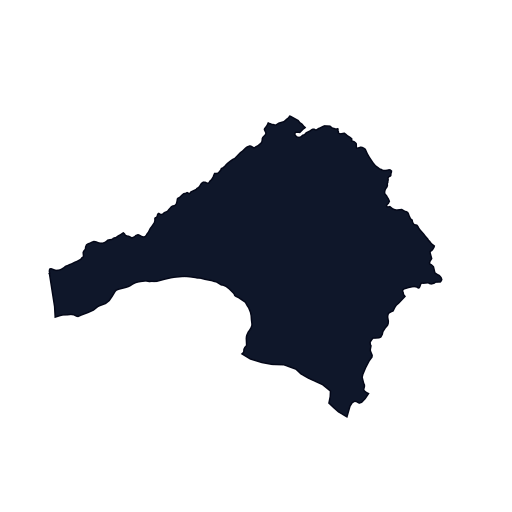 outline of Vardenis, Gegharkunik, Armenia, rotated 299°
{"feature_id": "60910142B17945932108202", "entity_name": "Vardenis", "entity_type": "district", "adm_level": 2, "iso_a3": "ARM", "parent_name": "Armenia", "parent_adm1": "Gegharkunik", "projection": "mercator", "projection_center": [45.706, 40.224], "detail": "fine", "context": "isolated", "style": "filled", "palette": "ink", "viewbox_px": 512, "rotation_deg": 299, "n_neighbors": 0, "source": "geoboundaries", "source_scale": "gbopen_adm2", "svg_char_len": 6153}
<svg xmlns="http://www.w3.org/2000/svg" viewBox="0 0 512 512"><g transform="rotate(299 256 256)"><path d="M190.2,421.1L190.1,418.7L190.5,416.2L191.3,414.9L194.4,414.1L195.7,413.4L196.9,411.8L201.4,407.6L204.3,406.8L211.5,406.0L219.2,405.8L223.8,406.4L225.5,405.7L226.9,403.9L228.5,402.0L229.6,401.3L233.2,400.1L233.9,399.0L235.8,397.6L237.0,397.6L239.3,397.8L241.0,398.2L241.8,399.7L244.1,403.2L245.6,404.4L248.7,404.4L251.4,403.6L256.1,403.9L257.5,404.3L259.5,404.6L261.3,404.2L263.2,403.3L266.2,400.9L267.5,400.2L269.5,399.7L270.9,400.0L273.2,401.5L274.4,402.5L278.3,402.3L281.0,402.5L284.0,403.6L292.9,405.9L293.4,404.8L293.6,403.9L295.5,402.3L296.1,401.4L297.3,400.8L298.9,401.3L302.4,404.7L305.1,407.8L306.2,409.6L306.9,411.8L306.7,412.9L306.9,413.8L307.5,414.1L308.6,414.1L311.6,413.6L312.6,414.0L313.5,415.8L316.1,419.6L316.1,421.3L316.6,422.9L318.5,424.9L318.8,424.8L319.1,425.2L320.2,425.7L322.7,429.8L324.1,430.0L325.4,429.9L326.7,428.5L327.3,427.2L327.8,425.6L327.7,423.5L328.0,420.6L332.6,416.4L333.3,413.7L333.2,412.1L334.0,411.1L335.9,410.7L338.9,410.9L343.1,406.8L344.3,406.1L346.0,407.0L347.2,407.3L349.9,407.4L351.2,407.1L351.7,403.7L352.2,402.3L353.0,400.7L353.3,399.1L354.0,398.2L354.3,397.4L355.4,394.3L356.4,392.1L358.2,387.0L359.2,384.8L360.3,383.2L360.9,381.7L360.1,379.2L360.5,378.0L361.1,377.0L362.2,375.8L363.1,375.2L363.2,373.9L363.8,372.5L364.0,372.3L365.5,370.2L366.8,368.8L367.6,367.5L367.6,365.9L367.2,364.6L367.3,360.9L364.3,356.7L363.7,354.6L363.5,352.4L364.1,349.1L362.8,347.7L362.6,346.8L363.0,346.0L363.7,345.7L364.7,345.7L366.2,346.2L368.5,346.1L370.2,343.9L371.0,342.3L371.8,341.2L372.9,338.4L373.7,337.8L375.3,337.1L376.8,336.8L378.0,336.8L379.6,337.0L381.2,336.8L383.0,335.7L384.5,335.5L385.4,335.0L386.7,334.7L387.6,333.9L388.8,333.6L389.6,333.7L391.2,334.8L391.9,334.8L393.5,334.0L394.8,333.8L396.0,333.3L396.3,331.6L395.9,330.6L395.2,329.9L393.9,328.3L392.5,325.9L392.3,324.4L392.4,323.1L391.9,322.3L392.3,320.7L392.8,316.6L394.2,313.1L397.3,307.1L399.3,303.8L402.3,299.8L402.5,298.0L402.4,296.2L401.9,294.8L399.7,292.8L399.1,291.7L400.0,290.9L402.7,289.3L403.2,288.2L403.5,286.4L403.0,283.6L404.0,283.4L404.9,282.9L405.3,280.9L405.5,277.3L405.9,275.8L406.2,273.7L403.8,270.8L403.4,269.1L403.7,268.2L404.9,267.6L405.4,266.7L406.8,266.2L406.8,265.5L406.0,264.9L405.6,264.0L405.3,262.1L404.8,261.0L405.4,257.7L403.0,252.8L401.6,251.7L398.8,249.8L397.8,248.9L395.7,247.9L395.0,246.8L395.1,245.5L394.5,244.3L393.6,243.6L391.5,242.6L388.1,240.2L386.5,239.9L385.3,239.4L384.2,238.3L381.9,237.5L381.0,236.7L380.1,235.1L379.9,233.6L381.0,231.0L382.6,230.5L383.5,230.8L384.7,232.9L385.3,234.4L390.2,235.8L391.4,236.5L392.2,236.7L392.6,234.7L393.5,232.6L393.7,231.5L393.8,229.8L394.9,227.2L394.9,218.4L394.6,217.6L393.4,217.6L392.1,217.3L390.4,216.5L388.8,216.0L387.0,215.3L383.3,211.6L380.1,209.9L379.6,208.8L379.5,207.8L378.6,205.9L378.7,204.9L378.3,203.2L378.3,202.2L375.7,202.4L373.0,202.1L371.6,201.8L370.6,202.1L368.6,204.9L367.6,205.4L366.4,205.4L363.0,204.5L361.8,204.6L360.3,205.3L358.7,205.8L357.8,205.8L356.5,205.5L355.4,205.0L353.6,204.4L351.2,202.8L350.1,202.4L349.5,201.6L349.6,198.7L349.3,197.3L347.1,195.4L345.3,194.6L341.2,193.4L338.9,192.3L331.0,190.2L329.1,188.8L326.8,187.7L323.2,186.2L321.2,185.6L320.1,185.5L318.2,184.8L316.9,184.3L315.7,183.3L315.2,183.5L313.9,183.5L310.6,182.9L309.5,182.2L308.1,179.8L305.8,180.0L304.6,180.3L301.0,180.1L299.5,179.5L296.8,179.3L296.3,178.7L295.9,177.6L295.9,176.0L295.0,174.1L293.0,173.1L289.2,172.9L287.7,172.4L286.4,171.6L285.3,171.5L280.4,168.0L279.1,167.9L278.1,167.5L278.0,166.6L278.2,165.5L277.9,164.9L276.3,163.9L275.9,163.1L275.4,162.6L273.7,161.9L270.1,160.8L268.8,159.8L267.8,159.6L265.7,160.4L263.0,161.1L261.3,160.8L260.3,160.1L259.3,158.9L258.0,158.1L256.8,157.9L254.4,157.3L252.4,157.0L251.1,156.2L250.1,155.3L248.9,154.6L247.4,154.2L246.4,153.2L246.0,152.2L246.1,150.3L245.5,149.9L244.3,149.9L243.0,150.3L241.5,150.3L240.6,149.4L239.4,149.5L238.6,150.2L236.0,151.0L231.3,150.6L228.9,150.2L224.8,150.4L222.1,150.0L221.0,150.1L219.3,149.7L218.3,148.8L217.9,147.9L217.6,146.4L217.6,143.6L217.4,142.5L215.6,141.0L214.1,140.6L211.6,138.7L211.6,136.0L211.4,134.7L211.0,133.8L210.8,132.5L210.8,131.5L211.6,130.2L211.9,128.7L208.9,127.2L206.8,125.8L204.0,124.5L203.3,123.5L202.2,122.6L201.2,122.4L200.2,121.5L199.4,120.3L198.0,118.7L196.2,118.1L194.5,117.2L192.8,115.7L191.6,113.4L191.1,111.7L190.8,109.3L190.1,107.2L188.5,105.8L186.8,104.7L185.3,103.3L183.6,102.4L181.4,102.6L179.2,103.5L176.6,103.0L175.2,103.2L172.1,105.3L171.3,105.3L170.0,104.6L169.1,104.6L167.7,104.1L164.5,102.1L162.7,100.6L159.7,98.6L157.9,97.0L156.5,96.1L155.1,94.8L154.3,94.3L152.8,93.8L149.8,92.1L148.2,90.7L146.4,88.1L146.0,86.2L145.6,83.3L145.0,82.2L144.4,82.0L143.3,82.3L142.1,82.9L141.0,83.9L140.3,83.7L140.2,84.1L114.1,104.4L105.2,110.0L108.7,113.3L110.4,115.1L111.4,116.5L113.0,119.3L115.2,122.4L116.3,125.2L116.4,128.1L116.6,129.0L116.9,129.7L119.7,131.8L125.2,136.5L129.9,140.0L135.0,142.1L136.6,143.2L141.5,147.4L145.8,149.2L151.0,149.7L156.7,149.9L158.3,150.3L159.5,151.2L160.5,152.1L165.3,157.2L167.2,159.0L169.0,160.3L171.5,161.6L173.3,162.8L174.6,163.8L176.4,165.7L178.2,168.0L180.7,171.5L181.3,173.0L182.0,175.2L183.2,176.8L184.5,179.4L185.8,181.5L191.4,187.3L195.9,192.3L198.0,195.0L202.2,201.2L203.4,203.2L204.4,205.1L205.9,208.5L207.8,213.4L208.3,215.2L209.7,218.0L210.9,222.7L213.1,229.4L213.5,231.7L214.2,234.0L213.9,239.6L214.6,241.4L214.9,244.2L214.9,244.8L214.3,248.6L212.7,254.2L212.2,255.4L211.3,256.4L211.1,257.0L211.0,258.2L211.2,260.9L210.8,265.0L210.5,268.7L210.2,269.5L208.3,272.5L207.2,274.7L204.1,278.5L201.4,280.8L198.1,282.9L194.5,285.5L193.0,286.2L190.6,286.5L187.8,286.4L185.8,286.1L182.2,286.4L180.8,286.8L179.2,287.5L173.5,291.0L172.2,291.1L170.8,290.6L168.6,290.7L166.7,291.6L165.9,291.8L165.1,291.7L163.6,291.2L163.2,301.0L165.7,312.8L169.0,322.6L174.4,333.1L176.4,345.8L174.7,352.5L174.6,361.3L175.8,376.5L174.0,386.6L169.0,389.1L162.7,391.1L161.0,397.8L159.7,403.7L159.4,413.5L170.2,411.0L174.2,411.2L176.6,412.5L177.4,414.2L177.4,417.6L179.3,419.3L184.3,420.6L190.2,421.1Z" fill="#0f172a" stroke="#020617" stroke-width="1.5"/></g></svg>